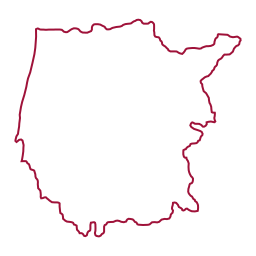 outline of Akko, HaZafon, Israel
{"feature_id": "584046B83749751332199", "entity_name": "Akko", "entity_type": "district", "adm_level": 2, "iso_a3": "ISR", "parent_name": "Israel", "parent_adm1": "HaZafon", "projection": "mercator", "projection_center": [35.293, 32.939], "detail": "fine", "context": "isolated", "style": "outline", "palette": "rose", "viewbox_px": 256, "rotation_deg": 0, "n_neighbors": 0, "source": "geoboundaries", "source_scale": "gbopen_adm2", "svg_char_len": 5423}
<svg xmlns="http://www.w3.org/2000/svg" viewBox="0 0 256 256"><path d="M218.3,34.2L217.8,34.9L217.7,36.3L217.2,37.4L216.2,38.0L215.3,39.1L214.5,41.8L214.3,43.8L213.2,44.9L211.5,45.6L210.8,45.9L208.3,46.2L206.4,46.2L204.6,46.7L202.2,47.6L201.1,48.4L199.3,48.7L196.9,48.3L194.5,48.0L192.3,48.0L188.7,48.3L186.9,48.6L185.7,49.4L184.8,51.0L183.6,52.6L182.2,53.9L180.1,53.4L178.9,52.9L176.7,51.5L174.9,51.4L173.3,51.4L170.4,51.4L168.4,50.3L168.1,49.3L166.9,48.2L166.1,47.4L165.3,46.5L164.4,46.0L162.6,44.7L162.1,43.8L162.0,42.5L161.4,41.3L160.4,40.6L160.1,39.8L159.7,38.5L158.7,37.3L156.6,37.0L155.3,36.6L154.5,35.4L154.4,34.5L154.3,32.4L153.9,30.5L154.1,29.2L154.1,27.1L154.1,25.5L154.0,24.2L153.3,23.1L152.2,22.1L150.8,21.8L149.4,22.6L148.4,23.5L147.0,23.7L144.8,23.7L143.5,23.6L142.1,22.6L141.7,21.4L140.3,20.1L138.3,19.7L136.6,20.0L135.3,20.9L134.0,21.3L132.7,22.1L131.2,23.3L130.0,23.6L127.7,23.8L125.4,24.1L123.2,24.9L121.8,26.0L120.0,26.6L118.1,26.8L116.3,27.0L112.8,27.8L111.6,28.3L110.3,29.1L109.1,29.3L108.0,29.4L106.8,29.3L105.6,28.3L104.9,27.1L104.1,26.5L102.5,25.8L101.4,25.2L100.3,24.6L98.0,24.2L95.4,24.2L94.0,24.4L92.8,25.4L92.2,26.4L91.9,27.6L91.9,29.6L91.1,31.1L87.2,32.7L84.0,32.6L82.5,32.5L80.5,31.5L79.7,30.6L78.8,29.5L77.9,28.9L76.0,28.4L73.9,28.3L72.0,29.0L70.6,29.8L69.4,30.7L68.2,31.5L67.2,32.1L65.9,32.2L63.9,31.7L63.3,31.1L61.8,29.8L59.6,29.5L56.5,29.5L53.5,29.6L48.8,29.6L46.0,29.8L43.3,29.6L42.0,29.6L40.1,29.5L39.1,29.1L38.6,28.7L37.5,28.5L36.0,29.2L36.1,36.8L35.3,47.8L34.4,54.2L32.5,62.8L30.2,72.4L28.0,78.5L27.1,82.5L26.3,87.0L24.3,95.0L22.2,101.8L21.0,106.9L19.7,114.8L20.0,118.0L19.3,123.5L19.1,126.6L18.3,131.4L18.0,133.9L16.4,136.4L15.6,139.5L15.4,140.9L16.5,142.0L17.3,141.4L19.2,139.8L21.1,139.5L22.5,140.5L23.6,145.1L23.4,147.9L23.3,151.3L22.7,155.8L22.0,159.8L21.6,161.2L24.6,161.1L26.0,161.2L26.6,161.7L27.4,163.2L28.9,164.2L29.5,165.6L30.0,167.7L30.6,169.2L31.5,169.6L33.0,170.0L34.2,170.6L34.7,172.2L35.3,174.2L35.5,176.7L36.0,178.1L37.3,179.5L37.8,180.9L37.9,182.3L37.8,184.3L38.2,188.3L39.2,189.3L40.3,190.6L40.6,192.5L40.8,194.9L40.7,197.0L41.2,198.3L42.8,198.1L44.2,197.5L45.1,197.3L46.0,197.4L47.2,198.6L48.3,199.4L48.9,200.0L50.3,201.1L52.0,202.2L54.6,202.4L57.2,202.4L58.7,202.7L59.6,203.4L59.6,206.5L60.1,211.5L60.4,213.1L61.7,213.8L62.6,214.7L63.0,217.0L63.1,218.8L64.2,219.7L65.4,220.8L66.3,221.2L67.0,221.6L68.0,221.7L69.0,221.8L70.7,222.0L72.3,222.4L73.1,222.8L73.5,223.5L73.9,224.5L75.3,224.9L76.6,225.6L76.7,226.7L76.8,228.0L77.0,229.7L78.2,230.9L79.1,232.0L79.6,233.2L81.7,233.2L82.8,233.9L84.2,235.9L85.4,236.1L86.8,235.3L87.1,234.2L87.6,232.5L88.5,231.3L89.6,230.9L90.2,230.2L90.4,228.7L90.4,227.1L90.4,225.0L90.9,222.7L92.7,222.4L94.1,222.2L95.0,222.7L95.4,224.4L95.5,228.3L95.4,230.9L94.9,233.0L95.1,233.9L95.5,235.2L96.4,235.9L98.2,236.3L99.2,236.3L100.7,235.6L101.8,234.1L103.4,233.2L104.1,231.8L104.1,227.8L104.1,226.6L104.7,225.1L106.1,224.5L106.6,223.8L107.2,222.7L108.1,222.2L110.5,222.0L113.3,221.9L115.9,220.8L117.5,220.6L119.4,221.0L121.2,221.8L123.8,222.2L126.2,221.5L126.6,220.4L127.4,219.4L128.6,218.8L130.7,219.0L132.7,219.4L133.8,220.4L134.9,221.9L136.3,222.4L136.8,223.1L137.4,224.3L138.6,224.7L143.0,225.0L148.0,224.8L149.6,224.4L151.1,223.1L152.0,222.3L154.6,222.1L157.2,222.4L159.2,221.8L160.8,220.3L161.6,219.6L164.5,218.9L167.0,219.1L169.3,218.5L170.4,216.7L170.8,214.6L171.7,213.5L172.6,212.7L173.0,210.6L172.0,208.8L172.1,207.2L172.8,204.9L173.0,202.8L174.7,202.5L176.2,202.9L177.9,204.8L178.9,207.0L181.0,208.1L182.0,209.0L182.3,210.1L183.3,210.5L184.5,210.1L185.9,208.8L187.0,208.6L188.8,209.9L190.2,210.6L191.6,211.2L192.8,211.3L194.9,211.4L197.7,210.9L197.9,210.1L198.1,207.8L198.0,205.2L197.5,203.8L196.7,202.2L195.2,201.2L194.7,199.7L193.5,199.1L192.7,197.8L192.1,196.6L190.7,195.8L189.6,194.5L188.8,193.4L188.2,191.7L188.4,188.9L189.1,186.6L189.5,184.8L190.0,183.8L191.8,183.1L192.6,181.9L192.9,180.5L193.0,178.7L192.3,177.4L191.1,176.3L189.9,174.1L189.2,172.3L188.7,170.2L188.5,166.8L188.7,163.4L187.9,161.0L186.9,159.5L186.5,158.6L186.4,157.7L185.5,157.7L184.9,157.6L183.9,156.7L183.3,154.3L183.3,152.0L183.4,150.2L184.8,149.4L185.8,149.2L186.6,147.9L187.7,146.9L189.8,145.9L190.5,144.1L191.9,143.6L194.7,143.4L196.5,143.1L197.6,142.2L198.2,140.8L199.7,140.3L200.2,138.8L200.5,137.6L201.1,136.3L202.3,135.2L202.6,133.8L201.7,131.9L200.2,131.0L197.7,130.1L194.0,128.9L191.3,127.0L190.3,125.4L191.0,123.5L192.2,122.4L193.7,122.9L194.4,123.6L195.8,123.8L197.7,123.8L199.3,123.9L201.5,125.1L202.2,126.0L203.0,126.7L204.0,126.7L205.6,125.8L206.7,124.3L206.6,122.3L208.5,121.8L210.9,121.5L214.1,122.2L214.6,122.2L215.3,121.4L214.7,120.0L214.3,118.0L214.7,116.1L214.9,113.7L214.8,112.7L212.8,112.6L211.8,112.2L211.4,109.4L211.2,106.8L210.4,104.4L209.5,102.9L209.0,100.2L208.8,97.9L207.1,94.9L206.1,93.2L203.7,91.2L202.9,88.5L202.3,86.1L202.2,84.3L200.9,82.8L200.6,81.1L201.6,79.8L202.6,79.1L203.7,78.2L204.8,77.3L206.6,76.5L208.3,76.1L209.3,75.0L210.7,73.7L211.9,71.9L212.3,70.8L213.3,70.2L214.1,69.0L214.5,67.6L215.2,66.6L216.2,65.9L217.0,64.7L217.3,62.6L218.0,60.7L218.9,59.8L221.0,58.6L222.0,57.6L223.1,55.9L224.4,54.6L226.5,54.6L229.6,54.4L230.9,53.4L232.9,51.6L233.4,50.2L234.0,48.6L235.6,46.7L236.5,45.9L237.9,45.5L239.2,44.2L239.7,41.6L240.6,40.4L240.4,38.7L239.5,38.1L238.3,37.1L237.1,36.6L234.5,37.0L232.9,37.2L231.0,36.8L229.9,36.5L228.5,35.4L227.5,34.8L222.8,34.5L218.3,34.2Z" fill="none" stroke="#9f1239" stroke-width="2"/></svg>